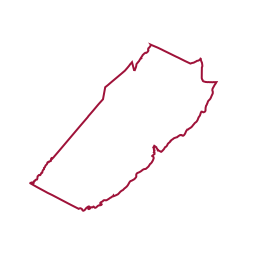 Balaka, Balaka, Malawi, rotated 29°
{"feature_id": "42251766B20450933672567", "entity_name": "Balaka", "entity_type": "district", "adm_level": 2, "iso_a3": "MWI", "parent_name": "Malawi", "parent_adm1": "Balaka", "projection": "equal_earth", "projection_center": [35.125, -15.031], "detail": "fine", "context": "isolated", "style": "outline", "palette": "rose", "viewbox_px": 256, "rotation_deg": 29, "n_neighbors": 0, "source": "geoboundaries", "source_scale": "gbopen_adm2", "svg_char_len": 5844}
<svg xmlns="http://www.w3.org/2000/svg" viewBox="0 0 256 256"><g transform="rotate(29 128 128)"><path d="M183.1,45.0L181.6,45.9L180.4,46.5L179.8,47.0L178.3,47.7L177.3,48.3L176.3,48.7L175.7,49.1L175.0,49.5L174.2,49.8L173.6,50.1L171.5,50.6L171.1,50.6L170.6,50.5L170.2,50.2L169.9,49.8L169.1,49.4L168.3,48.6L165.0,42.5L163.2,39.1L163.2,38.3L162.6,37.1L161.9,36.2L161.1,35.1L160.7,34.9L160.1,34.3L159.2,33.7L158.8,33.3L158.5,32.7L158.1,32.2L157.8,32.2L157.8,33.1L157.7,33.4L157.6,33.7L157.1,34.6L156.5,35.3L155.9,35.7L155.6,36.1L155.2,36.9L154.5,37.9L153.8,39.0L152.6,40.0L151.3,41.4L145.1,41.8L137.8,42.1L135.2,42.3L128.8,42.6L121.1,43.0L120.2,43.0L115.2,43.3L107.6,44.1L107.8,44.2L107.9,44.4L107.7,44.9L107.8,45.2L107.8,46.1L107.8,46.4L107.5,47.2L107.4,47.8L107.2,48.4L107.4,48.6L107.3,48.9L107.6,49.7L107.8,49.8L108.2,50.2L108.3,50.8L108.2,51.0L108.3,51.3L108.2,51.9L108.0,52.6L107.5,53.5L107.1,53.7L106.7,53.8L106.5,54.4L106.2,54.8L106.0,55.4L105.7,56.5L105.5,57.0L105.5,58.2L105.4,59.4L105.3,60.0L105.3,60.5L105.8,60.7L105.6,61.1L105.3,61.5L105.2,62.0L105.2,62.7L105.2,63.3L105.2,63.6L105.2,64.3L104.9,65.2L104.9,65.7L104.5,67.5L104.5,68.0L104.6,68.5L105.0,69.4L105.4,70.7L105.9,74.1L105.2,74.4L101.8,70.8L99.6,68.5L99.3,70.1L98.9,71.6L98.9,72.4L98.3,75.7L97.5,79.4L94.1,88.4L91.4,95.4L89.7,100.0L88.3,103.4L92.2,115.0L90.7,121.5L89.1,129.7L87.6,136.9L87.5,138.1L85.1,149.7L78.8,181.4L77.3,188.7L77.1,189.9L76.8,190.8L76.6,190.9L76.1,191.0L75.9,191.1L75.7,191.6L75.7,191.9L75.7,192.2L76.0,192.4L76.4,192.4L76.3,192.7L76.1,192.8L76.0,193.1L76.0,193.4L76.3,193.8L76.5,194.1L76.4,194.4L76.2,194.6L75.2,195.6L75.2,195.9L75.3,196.1L75.2,196.4L74.7,196.4L74.4,196.8L74.3,197.1L74.3,197.4L74.6,198.9L74.5,199.5L74.1,200.6L74.1,201.2L74.2,201.8L74.3,202.4L74.3,202.7L73.9,203.5L73.9,203.8L74.1,204.0L74.4,204.5L74.5,204.7L74.4,205.0L74.2,205.6L74.1,205.9L74.1,206.8L74.3,207.7L74.5,208.3L74.6,208.5L74.6,208.8L74.1,209.1L74.0,209.4L74.1,210.6L74.1,211.6L73.9,211.8L73.8,212.0L73.5,212.1L73.3,212.1L73.1,212.1L72.9,212.3L72.7,212.9L72.5,213.8L72.4,214.1L72.6,214.7L73.2,216.1L73.4,217.0L73.3,217.3L73.1,217.5L72.7,217.7L72.5,217.9L72.3,218.1L72.2,218.4L72.2,218.7L72.2,219.3L72.1,219.6L71.7,219.9L71.6,220.2L71.6,220.5L72.1,221.5L72.2,221.8L72.0,222.3L71.8,222.5L71.2,222.0L70.9,222.0L70.5,222.1L70.1,222.4L69.4,223.3L68.6,223.7L76.5,223.8L86.8,223.7L89.1,223.7L94.3,223.4L112.1,223.0L115.6,222.9L124.1,222.6L124.2,222.4L124.2,222.2L124.6,221.8L125.2,221.3L125.6,221.2L126.6,221.2L127.1,221.3L128.1,222.0L128.8,222.1L129.2,221.9L129.7,221.1L130.0,220.3L130.2,218.6L130.6,217.5L131.1,216.4L131.6,215.7L132.0,215.5L132.4,215.6L132.5,216.2L132.2,217.1L132.2,217.4L132.3,217.7L132.4,217.9L132.7,218.0L133.1,217.9L133.3,217.7L133.7,217.0L133.8,216.7L133.8,216.1L133.8,215.6L134.1,215.2L134.6,215.0L135.1,214.9L135.3,214.7L135.7,213.9L135.8,213.6L136.0,213.4L136.5,213.5L136.9,213.7L137.4,213.8L137.6,213.8L137.8,213.8L138.2,213.5L138.4,213.3L138.7,212.7L138.9,212.2L139.2,211.3L139.4,210.7L139.9,210.0L140.2,209.6L140.9,209.3L141.1,209.1L141.9,208.3L142.0,208.1L142.0,207.8L142.0,207.5L141.8,207.4L141.5,207.4L140.5,207.6L140.3,207.4L140.2,207.2L140.1,206.9L140.1,206.6L140.3,206.1L141.4,204.4L141.6,203.4L141.9,202.9L142.3,202.6L143.0,202.2L143.5,202.1L143.9,201.9L144.3,201.5L144.6,201.0L145.5,199.4L146.5,197.3L146.9,196.9L147.2,196.2L147.4,195.6L147.7,195.3L147.8,195.0L148.0,194.5L148.0,194.1L148.6,194.5L149.9,192.9L150.8,191.6L151.3,190.9L151.6,190.0L152.2,187.5L152.8,186.0L153.4,185.1L153.6,184.8L154.3,182.3L154.6,181.8L154.8,181.2L155.3,179.8L155.5,178.7L155.6,177.8L155.6,174.7L155.7,174.1L155.8,173.5L156.1,173.0L156.7,172.4L157.2,171.5L157.9,170.5L158.4,169.4L158.6,168.8L158.9,167.0L158.8,166.6L158.6,166.0L158.3,165.6L158.0,165.3L157.8,164.6L157.7,164.0L157.8,163.4L157.9,163.1L158.2,162.6L159.1,161.5L160.1,159.9L160.7,158.6L161.0,157.7L161.3,157.2L161.6,156.7L162.1,156.1L162.8,155.6L163.4,155.1L163.7,154.3L164.2,152.9L164.6,151.7L164.8,148.6L165.1,148.2L165.3,147.3L165.5,146.3L165.4,145.8L165.5,144.9L165.4,143.6L165.3,143.1L165.1,141.9L164.8,141.5L164.3,141.0L163.8,140.8L163.6,140.8L162.9,140.9L162.7,140.7L163.3,139.1L163.8,137.8L163.3,137.2L163.2,136.9L163.1,136.7L162.8,136.8L162.5,136.8L162.5,136.3L162.0,135.6L162.0,135.3L162.1,135.0L162.0,134.7L161.5,134.8L161.3,134.6L161.0,134.1L160.5,133.5L160.5,132.9L160.2,132.8L159.6,132.7L159.6,130.8L159.9,130.8L160.6,131.0L161.1,131.0L162.1,131.1L162.7,131.7L163.8,132.2L164.3,132.5L164.6,132.5L164.8,133.0L165.0,133.2L165.7,132.8L166.2,132.9L167.4,132.8L168.3,132.8L168.5,132.8L168.8,132.3L169.3,130.7L169.7,128.8L169.7,128.5L169.7,127.3L169.7,127.0L169.8,126.7L170.3,126.0L170.5,125.4L170.6,124.8L170.6,123.2L170.5,122.6L170.9,121.2L171.3,120.4L171.5,119.5L171.6,119.2L171.4,119.1L171.4,118.8L171.8,117.6L172.3,116.6L172.6,116.1L172.9,115.2L173.0,114.9L173.5,114.3L174.0,113.6L174.4,113.3L174.9,112.6L175.3,112.4L175.5,112.1L176.1,110.4L176.6,109.7L177.0,108.9L177.2,108.7L177.8,108.6L178.2,108.2L178.5,108.1L178.9,108.3L179.4,108.3L179.6,108.2L180.1,107.9L180.2,107.7L180.4,107.1L180.5,106.8L180.6,105.9L180.6,104.7L180.4,102.8L180.4,101.9L180.6,100.9L180.6,100.6L181.2,100.3L181.6,99.2L182.7,97.3L183.1,96.2L183.3,95.6L183.5,94.0L183.7,93.2L184.0,91.4L184.2,90.8L184.5,90.2L184.8,89.4L184.9,89.0L185.0,87.4L184.9,86.8L184.8,85.8L184.6,84.6L184.6,84.2L184.8,83.2L184.8,81.9L184.3,79.4L184.3,78.7L184.3,78.1L185.0,77.8L185.9,77.8L186.2,77.7L186.5,77.6L186.7,77.4L187.3,76.4L187.4,76.2L187.4,75.8L187.3,75.2L187.2,74.9L186.1,72.8L185.5,70.7L185.6,69.8L185.5,68.8L185.4,68.4L185.4,67.5L185.2,66.9L185.1,65.9L185.1,65.6L185.2,65.0L185.7,63.2L185.8,62.4L185.8,61.7L185.5,58.8L185.4,56.9L185.2,56.3L184.8,55.6L184.3,54.8L183.9,54.6L183.5,54.2L183.4,53.9L183.1,53.3L182.9,52.5L182.9,49.3L182.9,48.1L183.0,47.5L183.1,46.5L183.1,45.0Z" fill="none" stroke="#9f1239" stroke-width="2"/></g></svg>